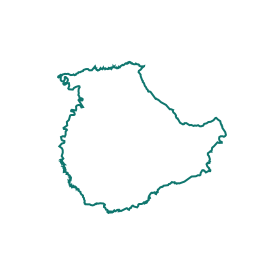 Blora, Jawa Tengah, Indonesia (Albers equal-area conic projection), rotated 146°
{"feature_id": "22746128B85780086903212", "entity_name": "Blora", "entity_type": "district", "adm_level": 2, "iso_a3": "IDN", "parent_name": "Indonesia", "parent_adm1": "Jawa Tengah", "projection": "albers", "projection_center": [111.399, -7.111], "detail": "fine", "context": "isolated", "style": "outline", "palette": "teal", "viewbox_px": 256, "rotation_deg": 146, "n_neighbors": 0, "source": "geoboundaries", "source_scale": "gbopen_adm2", "svg_char_len": 5832}
<svg xmlns="http://www.w3.org/2000/svg" viewBox="0 0 256 256"><g transform="rotate(146 128 128)"><path d="M96.4,49.7L95.0,48.6L94.1,48.7L93.0,50.0L90.1,51.4L89.3,51.1L89.2,50.4L88.6,50.1L88.3,47.6L85.4,47.3L84.0,46.3L83.4,46.9L83.8,47.6L83.4,48.0L83.7,49.0L83.2,49.4L83.7,51.7L83.1,54.1L81.5,54.6L81.0,53.8L80.1,53.5L79.8,54.1L78.9,54.3L79.1,55.2L77.9,55.9L77.4,56.8L76.6,59.6L76.8,61.1L75.9,62.4L73.4,62.5L72.4,61.9L72.4,62.6L71.3,62.5L69.2,64.6L67.0,64.8L61.8,66.1L61.0,64.8L58.5,63.3L58.1,64.0L59.0,65.4L59.1,66.3L58.6,68.0L57.4,69.4L55.7,69.3L54.1,68.2L53.4,67.1L51.9,67.0L50.7,67.5L49.7,70.2L49.7,75.4L48.9,76.8L49.1,77.7L48.6,78.2L48.7,79.5L47.7,82.1L48.7,84.6L49.2,87.1L49.9,87.4L52.8,86.6L56.0,86.9L58.0,88.0L60.2,87.9L62.5,88.8L64.4,87.9L66.6,88.6L67.6,89.4L68.3,91.1L70.2,91.7L71.1,92.7L72.4,93.0L73.9,95.2L75.4,95.9L76.9,99.4L78.5,100.4L79.4,99.9L80.4,100.3L81.9,103.2L81.6,107.1L81.8,107.7L81.5,108.1L82.2,109.4L81.8,111.0L81.2,111.5L81.1,113.6L81.7,115.6L81.2,117.4L80.6,117.7L82.0,119.7L82.9,120.2L83.6,125.9L86.2,130.9L87.1,134.5L87.7,135.1L88.1,136.5L88.8,136.7L89.1,145.1L89.6,146.2L90.5,146.5L90.8,147.0L90.3,148.8L90.7,150.0L90.3,151.6L90.5,153.4L89.7,156.3L90.0,158.0L89.4,158.7L89.5,159.9L88.5,164.0L87.7,165.2L88.0,168.4L87.0,169.3L84.8,169.3L82.4,170.1L80.2,170.2L80.1,170.3L81.9,170.7L81.8,171.2L83.1,172.0L83.8,173.3L83.5,173.8L83.7,174.8L84.8,175.7L85.4,176.9L85.8,176.6L87.3,177.4L88.7,179.1L88.5,179.5L89.2,180.0L89.1,181.1L90.0,182.1L91.2,182.3L91.3,181.6L92.2,181.7L93.0,181.8L93.3,182.8L94.3,182.9L96.1,182.6L97.0,182.8L97.3,183.4L99.6,183.4L100.7,182.9L101.2,183.7L101.6,183.1L102.9,183.2L103.4,183.5L103.1,183.8L103.6,183.9L103.7,184.6L104.3,184.6L104.9,185.2L105.2,186.1L105.6,186.3L105.2,186.6L105.8,186.6L105.8,187.1L106.2,186.6L107.3,187.2L108.1,186.5L108.4,186.7L108.1,187.1L108.4,187.4L108.7,187.1L108.7,187.6L109.1,186.7L109.8,187.3L109.8,188.1L110.2,188.5L110.4,188.2L111.6,188.4L111.5,188.0L111.8,188.1L113.0,189.4L114.0,189.5L113.8,190.3L114.3,190.3L114.9,191.4L115.3,191.3L115.1,191.7L116.3,191.2L116.8,192.0L117.3,192.0L117.3,193.0L119.4,192.2L120.8,192.5L120.8,193.1L121.5,193.7L121.4,195.0L121.0,195.3L121.9,196.0L121.2,196.5L120.9,197.5L125.7,196.1L127.8,197.4L128.2,199.2L129.8,200.3L132.4,201.0L133.5,200.4L135.2,201.0L136.2,200.9L137.9,201.9L138.9,201.4L140.5,201.9L141.5,201.3L142.8,201.7L143.1,202.8L143.9,202.8L145.9,203.9L147.4,206.5L148.8,207.1L149.9,208.1L152.3,208.9L153.2,208.6L153.9,209.7L157.0,209.7L157.5,209.2L157.3,208.7L155.1,207.9L156.9,205.6L156.9,204.2L156.2,203.1L154.8,202.7L153.1,203.7L152.1,205.4L151.6,205.5L151.2,205.2L150.6,202.6L151.0,201.3L153.0,199.9L154.2,200.0L156.0,201.0L156.9,200.8L156.9,199.9L156.2,199.2L153.4,199.1L151.9,198.2L153.1,195.8L155.4,194.2L155.3,193.1L152.3,190.7L150.4,191.4L148.2,191.2L145.8,190.5L145.0,189.8L145.3,188.8L147.0,188.0L148.6,186.0L149.3,184.4L150.7,183.1L150.7,181.5L151.4,180.0L149.8,178.5L149.4,177.3L149.9,176.7L150.8,176.5L151.5,177.2L152.3,179.1L153.4,178.8L153.6,170.5L155.1,171.1L154.8,173.6L156.2,174.8L157.9,175.2L159.0,174.9L160.5,172.4L161.4,171.7L164.4,174.5L165.3,174.4L165.7,173.7L164.4,172.4L164.0,171.4L164.1,170.0L164.7,169.0L165.5,169.0L167.9,170.6L169.0,170.7L172.5,167.7L175.3,167.2L177.0,164.1L181.4,164.1L181.7,163.1L179.7,161.3L179.7,160.5L181.7,159.9L183.5,157.3L185.3,156.2L186.5,157.6L188.6,158.0L189.6,155.4L189.4,154.4L188.0,152.8L188.7,151.7L189.3,151.4L191.7,152.1L195.2,151.2L194.1,148.1L194.5,146.2L195.9,144.0L198.7,141.8L198.7,138.8L199.5,138.6L201.3,139.2L200.9,138.2L201.6,137.8L202.4,138.1L201.9,137.0L202.7,137.4L202.8,136.7L202.1,136.6L202.5,135.7L201.5,136.2L202.0,134.7L201.3,134.4L201.0,133.3L201.5,133.6L201.4,133.0L202.7,132.7L202.6,131.4L203.3,131.8L203.0,131.1L203.6,130.7L203.3,130.5L203.8,129.9L203.3,129.9L203.5,129.3L202.9,129.3L203.2,128.1L205.3,128.0L205.8,127.4L204.6,126.9L204.1,126.2L204.1,125.3L203.6,125.2L203.3,124.4L204.3,124.0L203.7,123.6L203.4,122.3L203.7,121.9L203.2,121.5L203.4,121.1L203.1,120.9L203.5,120.1L203.0,119.9L203.0,119.3L204.1,119.3L203.5,118.2L205.0,116.6L205.7,116.7L205.8,117.2L206.5,116.7L206.7,117.2L207.0,116.4L207.8,117.2L207.0,115.8L207.3,115.6L207.1,115.2L207.8,114.5L207.7,114.0L208.1,113.5L207.7,113.1L208.3,112.2L207.2,111.9L206.8,112.1L207.0,111.5L206.8,111.2L207.6,111.0L207.6,110.5L207.1,110.8L206.9,110.2L205.8,110.4L206.0,109.5L204.7,109.3L204.4,108.4L205.1,108.3L204.4,107.2L204.8,106.3L204.2,106.5L204.1,105.5L203.5,105.4L203.2,104.7L204.1,103.8L203.2,101.5L203.6,101.0L203.8,99.1L203.1,97.2L203.9,96.1L203.7,94.6L204.4,93.3L204.6,91.8L205.9,90.5L205.8,89.7L206.1,89.5L206.3,90.0L206.0,88.6L202.4,86.1L202.0,85.1L200.7,83.7L199.4,83.2L197.4,83.3L197.2,82.8L196.1,82.6L196.3,83.0L196.0,83.0L195.1,82.0L193.0,81.1L190.6,79.1L190.0,77.4L190.6,76.9L191.3,77.0L192.1,75.9L191.5,74.6L191.9,72.6L191.0,71.8L190.9,71.1L191.0,70.4L191.8,70.3L192.1,69.7L191.6,68.5L191.0,68.5L189.4,67.5L189.6,68.9L188.6,68.2L188.0,67.0L187.2,66.7L186.9,67.2L185.5,67.4L185.5,66.6L184.8,65.9L183.4,66.2L182.0,65.8L181.3,65.3L182.3,64.2L181.7,63.9L180.9,64.1L180.3,63.1L174.1,62.3L173.6,61.8L173.5,60.6L172.9,59.6L171.4,60.5L170.0,60.1L169.1,60.9L167.7,61.1L167.3,60.9L166.9,59.5L164.8,57.1L162.9,57.8L162.3,58.7L161.3,58.8L159.2,57.4L158.0,57.1L156.3,57.5L156.0,57.3L156.3,56.4L155.6,56.5L155.9,56.1L154.4,55.6L152.2,56.6L152.4,56.8L151.1,56.7L150.5,57.6L150.0,57.6L150.4,58.1L149.8,58.8L149.1,58.0L148.8,58.2L149.2,58.7L148.5,59.9L145.6,61.1L144.3,61.0L143.9,60.3L141.9,59.8L142.1,58.1L141.7,57.5L140.3,58.6L139.9,58.2L139.4,58.2L139.4,59.0L138.5,59.1L137.7,60.2L137.2,60.0L134.6,60.7L133.2,60.5L133.0,60.1L132.0,59.9L130.9,60.3L126.7,58.2L125.5,58.7L124.4,58.2L121.8,58.6L121.2,57.7L119.7,57.0L120.1,56.0L118.9,55.3L118.8,54.6L117.5,54.3L116.3,53.3L111.2,52.0L102.4,52.2L98.7,50.0L96.4,49.7Z" fill="none" stroke="#0f766e" stroke-width="2"/></g></svg>